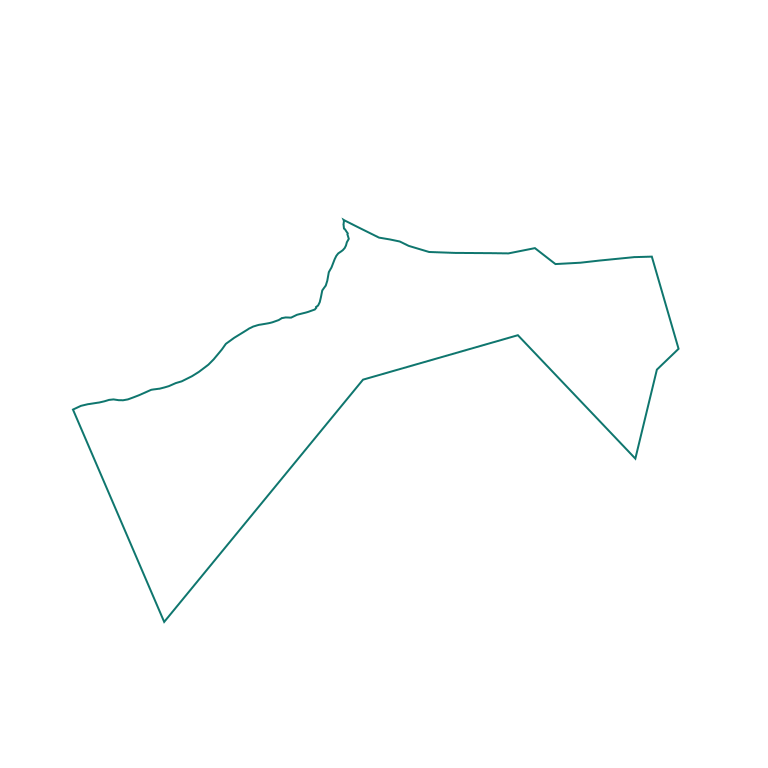 outline of Wadi Hawar, Ennedi, Chad, rotated 157°
{"feature_id": "50815135B62585523695590", "entity_name": "Wadi Hawar", "entity_type": "district", "adm_level": 2, "iso_a3": "TCD", "parent_name": "Chad", "parent_adm1": "Ennedi", "projection": "albers", "projection_center": [23.147, 16.028], "detail": "fine", "context": "isolated", "style": "outline", "palette": "teal", "viewbox_px": 768, "rotation_deg": 157, "n_neighbors": 0, "source": "geoboundaries", "source_scale": "gbopen_adm2", "svg_char_len": 1904}
<svg xmlns="http://www.w3.org/2000/svg" viewBox="0 0 768 768"><g transform="rotate(157 384 384)"><path d="M357.1,550.9L357.1,549.8L358.9,546.7L359.0,546.6L359.0,546.4L359.9,543.4L360.1,542.7L359.4,541.5L359.3,540.7L359.0,539.0L358.7,537.7L358.5,536.8L359.0,536.3L359.2,536.1L359.2,535.9L359.7,531.4L359.9,531.2L362.8,529.0L365.0,526.2L365.7,525.7L366.9,524.6L369.6,523.3L371.6,522.8L372.1,522.7L373.6,522.4L375.1,522.1L377.8,520.6L380.7,518.1L386.9,511.7L388.0,510.9L391.1,508.5L395.8,501.3L399.1,497.4L402.6,495.3L402.7,495.2L403.2,494.9L404.2,494.3L404.3,494.2L407.3,489.8L408.4,488.2L408.7,487.8L410.9,484.8L411.1,484.5L412.6,483.2L414.0,482.0L416.5,481.4L416.6,480.6L418.2,479.8L418.4,479.7L418.6,479.6L423.5,479.9L425.5,480.0L428.1,480.3L436.9,481.7L437.4,481.7L443.6,481.4L446.2,482.6L447.2,483.1L448.5,483.7L451.7,484.4L452.3,484.6L452.5,484.5L456.0,484.0L462.6,484.4L465.3,484.8L465.8,484.9L466.3,485.0L468.1,485.4L474.0,486.8L475.9,487.3L478.1,487.6L479.3,487.7L480.3,487.8L481.9,488.0L485.0,487.8L486.3,487.8L488.4,487.4L491.0,487.0L503.5,485.1L504.1,485.0L513.7,482.8L513.9,482.7L514.3,482.5L519.8,479.1L530.1,473.8L530.8,473.4L538.1,470.4L549.6,467.5L557.7,466.2L569.2,465.5L575.3,466.2L582.9,466.1L587.3,466.6L592.6,467.4L592.7,467.5L597.1,468.7L597.4,468.8L597.7,468.9L599.7,469.4L600.5,469.6L601.6,469.6L613.9,469.4L620.0,469.6L623.9,469.8L625.8,469.9L630.6,471.0L632.1,471.7L634.6,472.8L639.0,475.5L643.3,476.8L648.0,477.3L653.7,478.3L654.3,478.5L663.4,480.8L664.4,481.1L671.5,482.3L680.3,482.0L679.9,392.3L679.3,250.9L401.6,396.2L241.7,376.6L181.8,217.1L127.2,290.6L99.1,301.3L87.7,396.6L103.3,402.7L104.2,403.1L104.7,403.2L129.0,410.8L137.3,413.4L155.8,418.9L179.3,427.4L180.9,430.2L192.0,450.1L218.4,455.6L234.3,462.6L267.8,477.1L290.9,487.9L307.3,501.5L313.8,509.0L322.0,514.7L331.4,520.7L347.0,538.9L356.5,550.1L357.1,550.9Z" fill="none" stroke="#0f766e" stroke-width="2"/></g></svg>